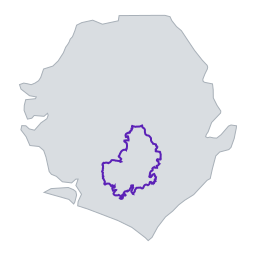 location of Bo, Southern, Sierra Leone
{"feature_id": "65957751B93581480515289", "entity_name": "Bo", "entity_type": "district", "adm_level": 2, "iso_a3": "SLE", "parent_name": "Sierra Leone", "parent_adm1": "Southern", "projection": "mercator", "projection_center": [-11.769, 7.985], "detail": "fine", "context": "in_parent", "style": "outline", "palette": "violet", "viewbox_px": 256, "rotation_deg": 0, "n_neighbors": 0, "source": "geoboundaries", "source_scale": "gbopen_adm2", "svg_char_len": 7383}
<svg xmlns="http://www.w3.org/2000/svg" viewBox="0 0 256 256"><path d="M236.5,125.8L236.3,128.0L234.2,138.5L231.0,147.4L228.8,149.6L219.7,152.0L215.8,155.9L212.4,168.7L210.2,178.6L207.1,180.3L193.6,194.7L184.8,200.2L178.7,204.9L172.8,211.0L165.5,216.9L157.7,227.0L152.0,237.4L148.2,240.6L145.3,237.7L131.9,227.4L117.8,220.5L87.7,209.0L77.7,205.8L78.1,201.7L81.5,194.2L75.9,185.5L78.1,179.1L75.9,179.1L71.6,182.9L62.4,181.8L56.3,176.3L51.4,174.3L49.2,171.6L46.0,157.1L43.7,150.5L39.1,146.5L29.9,145.5L26.1,136.7L20.9,129.8L21.8,125.6L25.9,125.8L29.2,128.9L34.5,130.2L41.0,122.8L46.9,118.7L48.2,115.2L47.5,113.3L44.0,116.3L34.2,115.5L31.8,118.2L27.5,119.1L24.1,110.4L24.3,105.3L25.7,99.7L35.5,98.7L36.3,96.9L29.5,95.7L21.0,89.1L19.5,84.6L23.7,83.1L27.7,83.8L31.2,84.7L35.0,83.1L38.6,80.7L40.7,77.5L43.6,69.0L52.8,66.1L58.2,60.9L63.4,52.8L65.7,47.2L67.8,44.3L69.2,41.9L70.2,39.2L72.5,36.7L74.9,30.7L76.6,25.2L81.8,22.6L92.7,20.2L102.4,24.2L118.3,20.8L119.1,15.6L133.6,15.5L150.8,15.4L165.1,15.4L170.0,16.7L171.8,20.6L176.5,26.6L181.4,30.7L187.5,39.9L194.6,50.5L202.2,60.1L207.1,65.3L207.7,67.1L207.3,69.1L204.9,74.0L202.8,79.3L203.1,81.3L204.5,82.3L212.5,83.9L213.2,89.8L213.3,97.9L217.1,105.5L220.8,111.0L220.6,113.0L211.6,122.5L208.1,131.9L206.3,134.6L205.6,136.7L207.4,137.7L209.9,137.1L213.4,137.9L216.7,138.1L221.1,134.7L228.5,126.1L231.0,125.0L236.5,125.8ZM74.8,202.1L73.7,204.0L68.9,199.4L44.1,192.4L51.1,188.6L68.3,187.5L73.5,189.7L75.8,191.5L76.6,195.0L74.8,202.1Z" fill="#d9dde1" stroke="#a8b0b8" stroke-width="1"/><path d="M147.9,185.2L148.9,184.5L149.4,184.0L149.6,183.6L149.7,182.5L150.0,182.0L150.7,181.9L150.9,182.4L151.4,182.4L151.5,182.8L151.8,182.9L151.9,183.3L152.0,183.5L152.2,183.3L152.5,183.1L152.5,183.4L152.9,183.4L153.0,183.5L153.2,182.9L153.7,182.9L153.8,182.6L154.1,182.8L154.3,182.1L154.5,182.0L154.4,181.4L154.8,181.0L155.0,181.0L154.7,180.6L154.8,180.3L155.0,180.2L154.8,179.9L154.8,179.7L155.1,179.6L154.9,179.4L155.2,179.0L155.4,179.1L155.7,179.0L155.9,178.0L155.7,177.9L155.7,177.6L155.8,177.4L155.9,177.2L155.6,177.1L155.4,176.7L155.3,176.3L155.1,176.3L154.9,176.1L154.9,175.4L154.7,175.0L154.5,174.5L154.3,174.5L154.1,174.0L153.8,174.1L153.5,174.2L153.2,174.3L152.6,174.8L152.3,175.0L152.3,175.4L151.9,175.8L151.8,176.1L151.3,176.3L151.1,176.6L151.0,176.8L151.0,177.0L150.7,177.2L150.0,177.1L149.6,177.0L149.3,176.7L149.3,176.4L150.1,175.7L149.7,175.3L149.8,174.6L150.2,174.1L150.1,173.7L149.9,173.3L150.4,172.1L150.9,171.2L151.5,171.0L152.1,170.7L152.6,170.3L152.7,169.7L152.4,169.1L152.5,168.7L152.4,168.6L152.6,168.2L152.9,167.9L153.2,167.8L153.4,167.5L153.9,167.4L154.2,167.1L154.4,167.4L154.6,167.5L155.1,167.8L155.4,167.6L156.0,167.6L156.7,167.5L156.9,167.8L157.1,167.8L157.1,167.3L156.8,166.9L156.7,166.5L156.7,165.8L158.2,165.3L158.9,164.4L159.3,164.0L159.0,163.9L158.8,163.6L158.8,163.2L158.6,162.9L158.4,161.6L157.2,160.9L156.9,160.5L156.9,159.9L157.1,159.5L157.6,159.2L158.1,159.4L160.5,159.5L160.6,159.4L160.6,158.8L160.7,158.3L160.4,157.9L160.6,157.4L160.7,154.3L160.5,153.9L160.2,152.8L160.0,152.5L160.1,152.1L159.9,151.8L159.0,151.8L158.2,151.6L157.1,151.4L156.0,151.4L155.7,151.1L155.9,150.5L155.8,150.3L156.0,149.9L155.7,149.3L156.3,148.6L156.9,148.1L157.2,147.5L157.3,147.0L156.7,146.7L156.6,145.9L156.0,145.7L155.9,145.4L156.0,145.0L156.0,144.5L155.1,144.2L154.7,144.0L154.0,143.9L153.2,143.9L152.6,142.8L151.5,141.6L151.0,140.3L151.0,139.4L151.0,138.2L150.3,137.2L149.4,136.2L148.7,135.6L146.9,135.3L145.7,134.5L145.4,134.1L144.9,132.2L144.9,129.8L144.3,128.6L143.7,128.1L142.6,127.5L142.3,127.0L142.3,126.0L142.1,125.5L140.7,126.1L139.8,126.5L137.7,126.6L136.5,126.6L135.7,126.8L135.3,126.8L134.4,126.5L133.6,126.4L132.2,125.9L132.0,126.2L132.0,126.6L132.3,127.1L132.2,127.3L132.4,127.7L132.4,128.2L132.2,128.3L132.2,128.6L132.0,129.1L131.6,129.0L131.7,129.5L131.4,130.4L131.0,130.4L130.8,130.5L130.4,131.1L130.5,131.2L130.2,131.7L130.1,131.8L130.1,131.5L129.9,131.6L129.9,131.9L129.9,132.0L129.7,132.0L129.5,132.3L129.5,132.5L129.1,132.4L128.6,132.7L128.3,132.8L128.1,132.8L127.9,133.2L127.8,133.3L127.5,133.2L127.4,133.3L126.9,133.3L126.2,133.8L126.0,134.0L125.8,134.7L125.5,135.1L125.8,136.7L125.8,136.9L125.9,137.0L126.4,136.7L126.7,136.7L126.9,136.9L126.9,136.6L127.4,136.3L127.8,136.2L128.0,136.4L128.0,136.7L128.2,137.1L128.3,138.2L128.6,139.2L128.5,140.4L126.4,140.3L125.2,140.4L124.8,140.6L124.4,140.6L124.3,141.3L124.4,141.5L125.6,142.3L126.8,143.4L126.8,144.2L127.0,144.9L127.0,146.5L126.9,147.4L126.7,148.3L126.4,148.7L126.5,148.8L126.4,148.9L126.4,149.1L126.2,149.1L126.1,149.3L126.0,149.6L126.0,150.0L125.7,149.8L125.4,149.8L123.8,149.8L123.0,150.1L121.8,150.9L121.0,151.8L120.7,152.6L120.1,153.5L119.4,155.4L118.7,156.2L118.7,156.4L119.0,156.9L120.0,157.6L121.2,159.0L120.5,160.0L120.4,160.5L120.4,160.8L120.6,161.1L121.2,161.6L120.6,161.8L120.4,161.9L119.1,161.0L117.9,160.9L116.9,160.7L115.7,160.7L115.1,160.4L114.0,160.2L112.1,160.1L111.7,160.2L111.4,160.4L111.1,161.0L110.1,162.2L108.7,163.0L108.3,163.2L108.1,163.1L107.9,162.8L107.2,162.8L107.0,162.7L106.2,162.6L105.8,162.7L105.5,162.7L105.3,162.8L104.4,162.9L104.3,163.0L103.6,162.8L103.4,163.0L103.1,163.6L102.8,163.6L102.5,164.3L102.6,164.5L102.5,165.0L102.9,165.3L103.0,165.5L103.0,166.1L103.1,166.7L102.9,167.7L103.1,168.1L102.8,168.7L102.7,169.0L102.8,169.6L102.9,170.1L102.3,171.0L102.1,171.3L102.1,171.6L102.3,172.0L102.9,172.5L103.0,172.8L102.7,173.8L102.7,174.5L102.9,175.0L102.8,175.7L103.1,175.9L103.3,176.1L103.4,176.3L103.4,176.5L102.8,176.7L102.8,176.8L103.1,177.3L103.1,177.6L102.9,178.0L102.9,178.4L103.8,179.2L103.9,179.8L104.5,180.8L104.6,181.2L104.8,181.5L104.9,181.8L104.9,182.2L104.6,182.7L104.3,183.4L104.3,183.9L104.9,184.5L105.2,184.5L106.6,183.7L107.0,183.6L109.1,183.6L109.5,183.9L110.3,184.7L110.6,185.3L111.1,186.0L111.7,185.9L112.1,185.3L112.4,185.2L112.6,185.3L112.7,185.8L113.2,185.7L113.4,185.8L113.6,185.9L113.7,186.4L114.0,186.5L114.4,186.5L114.6,186.2L114.6,186.3L114.8,186.6L114.8,186.9L114.5,187.5L114.1,187.7L113.3,187.4L113.0,187.3L112.7,187.4L112.3,187.8L112.2,188.0L112.6,189.6L112.8,189.9L112.9,190.6L113.2,190.6L115.3,190.0L116.0,189.9L116.2,190.0L116.0,190.3L115.4,190.6L114.8,191.4L114.6,191.9L113.9,192.8L113.6,193.2L113.5,193.7L113.7,194.2L114.0,194.6L115.1,195.3L115.9,195.4L116.3,195.3L116.5,195.4L117.1,195.3L118.1,195.3L118.7,194.9L119.6,195.4L120.0,195.7L120.3,196.1L121.4,196.8L120.5,197.8L119.9,198.2L120.3,198.6L121.0,198.9L121.4,198.9L122.1,198.7L122.6,198.4L123.0,197.0L122.8,196.6L122.3,196.0L122.0,195.4L122.3,194.9L122.6,194.7L123.0,194.6L123.6,195.1L123.8,195.3L124.4,195.3L124.7,195.5L125.4,195.5L125.6,195.3L125.4,194.7L125.1,194.4L124.2,193.7L123.7,193.1L124.3,192.1L125.2,191.3L126.2,191.4L126.6,191.3L126.9,190.9L127.3,190.7L127.7,191.3L129.4,190.1L130.4,188.2L130.7,187.7L131.0,187.5L131.1,186.9L131.4,186.4L131.2,186.1L131.2,185.6L132.0,185.3L133.0,185.4L133.0,186.1L132.7,186.8L132.8,187.2L133.2,187.7L132.7,188.4L132.4,188.9L132.2,189.7L131.3,191.2L131.4,191.8L132.5,193.3L132.8,193.9L133.2,194.0L133.0,193.4L133.2,193.1L133.6,193.0L133.7,192.5L134.2,192.2L134.8,191.5L134.8,190.4L135.0,190.1L135.2,189.6L135.8,188.9L136.1,188.2L136.6,187.8L137.9,187.8L138.1,187.7L139.6,187.7L140.5,187.5L141.0,187.9L141.4,188.3L142.4,188.4L142.9,188.2L143.5,187.3L143.7,186.6L144.2,185.7L144.6,185.2L145.5,184.7L146.5,184.6L147.6,185.0L147.9,185.2Z" fill="none" stroke="#5b21b6" stroke-width="2"/></svg>